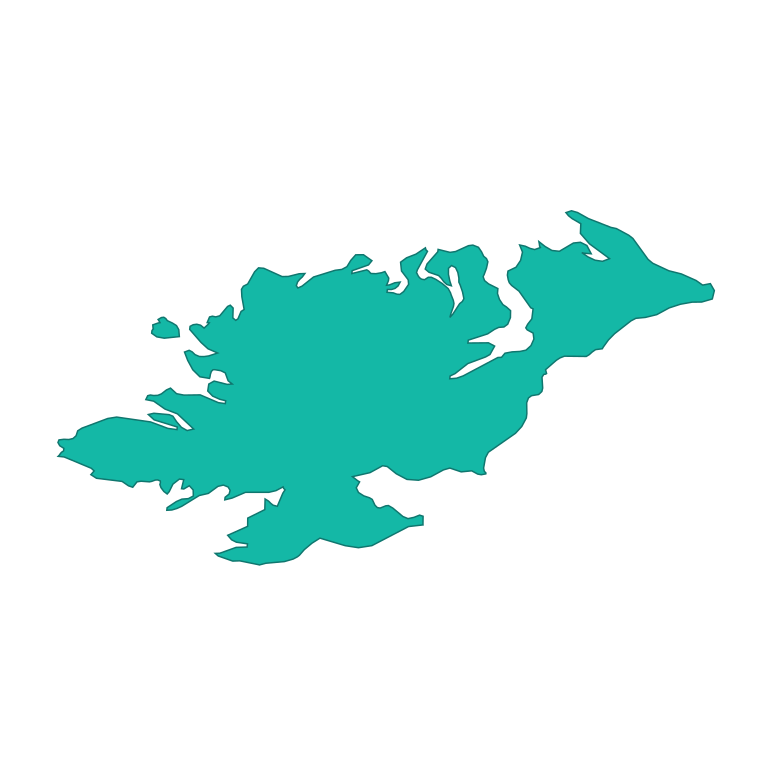 the border of Donegal, rotated 7°
{"feature_id": "IRL-729", "entity_name": "Donegal", "entity_type": "County", "adm_level": 1, "iso_a3": "IRL", "parent_name": "Ireland", "parent_adm1": "", "projection": "equal_earth", "projection_center": [-7.962, 54.925], "detail": "fine", "context": "isolated", "style": "filled", "palette": "teal", "viewbox_px": 768, "rotation_deg": 7, "n_neighbors": 0, "source": "natural_earth", "source_scale": "10m", "svg_char_len": 6070}
<svg xmlns="http://www.w3.org/2000/svg" viewBox="0 0 768 768"><g transform="rotate(7 384 384)"><path d="M596.4,322.4L589.8,324.1L586.8,326.8L584.2,329.8L581.4,332.0L559.7,334.4L555.6,336.6L552.2,339.4L542.6,350.1L544.1,353.8L543.2,354.5L541.4,355.0L540.0,358.0L542.0,368.7L541.6,372.2L539.2,375.1L538.7,375.6L531.9,377.6L529.1,380.2L527.9,385.2L529.4,396.0L529.4,400.4L525.9,409.4L520.5,416.9L495.9,439.0L493.7,444.7L493.1,455.3L494.2,458.4L496.0,459.9L496.0,460.8L491.6,462.2L488.0,462.0L481.6,459.5L471.3,461.8L459.6,459.4L453.5,462.0L441.7,470.4L430.0,475.3L418.4,475.9L407.1,471.6L397.3,465.5L392.6,465.3L380.9,473.7L364.0,479.8L369.6,483.2L371.7,484.1L369.1,490.4L371.9,494.8L377.6,497.5L383.5,498.7L386.4,500.0L389.8,505.4L392.5,507.5L395.3,507.6L400.6,504.7L403.2,504.1L407.9,506.1L418.9,513.2L424.2,514.7L430.0,512.7L435.3,509.8L438.9,510.5L439.8,518.8L439.9,519.1L425.7,522.5L391.7,545.9L378.6,549.6L365.2,549.2L339.2,544.8L332.0,550.7L325.1,558.1L320.9,564.3L319.1,566.1L315.2,568.8L306.8,572.4L288.6,576.3L282.3,578.8L281.9,578.7L281.2,578.6L262.3,577.1L255.4,578.2L240.4,574.9L237.2,572.7L241.6,572.0L257.1,564.2L268.0,562.5L268.0,559.3L256.7,559.0L251.7,557.2L247.3,553.2L266.0,541.9L265.1,533.7L281.0,523.2L280.0,512.6L283.7,514.3L286.1,516.2L288.7,517.8L293.0,518.4L296.9,504.7L298.7,501.1L297.7,500.2L297.3,500.1L297.1,499.8L296.4,498.4L289.8,503.0L283.0,505.5L259.7,508.4L247.2,515.7L240.1,518.4L240.1,515.8L243.7,512.1L244.2,508.3L241.8,505.2L236.9,503.9L231.7,505.8L223.0,514.0L214.2,517.2L198.2,530.0L193.6,532.8L188.8,534.9L183.8,535.8L183.8,533.2L192.2,526.0L197.4,522.9L203.8,521.6L208.4,518.4L207.5,512.4L203.2,508.7L198.1,512.6L195.8,512.6L196.9,503.3L192.5,503.3L186.7,509.1L183.9,517.1L182.2,519.6L178.6,517.5L175.3,514.1L173.8,511.1L174.1,509.2L173.8,507.5L171.1,506.8L168.8,507.2L165.2,509.0L163.1,509.7L154.8,510.1L150.8,511.2L147.2,517.1L142.8,516.2L135.9,512.6L110.1,512.6L104.1,509.7L106.9,505.6L103.7,503.3L75.4,495.4L69.4,495.5L70.6,493.9L71.3,492.4L72.3,491.0L74.1,489.5L74.1,486.9L69.7,484.8L67.5,481.8L68.2,479.1L73.0,477.9L78.0,477.5L82.0,476.0L84.7,472.9L85.7,467.8L89.6,464.6L114.0,451.9L122.7,449.4L156.9,450.1L174.9,454.4L184.1,454.5L184.1,451.9L160.2,447.6L153.8,443.0L159.1,441.1L174.5,440.6L178.4,441.7L182.7,446.7L188.2,451.7L194.3,454.2L200.6,451.9L182.6,438.8L169.7,435.6L157.5,429.1L149.5,428.5L150.9,424.4L153.4,423.4L156.8,423.5L160.9,422.8L164.3,420.9L168.8,416.4L172.6,414.1L179.3,418.9L186.8,419.4L202.9,417.2L221.9,422.7L228.9,422.8L228.9,419.9L222.9,419.2L215.4,416.9L209.9,412.4L210.1,405.4L215.0,401.8L228.4,403.5L233.4,402.5L228.9,399.8L225.1,392.3L220.5,390.7L214.3,390.4L212.5,390.7L211.1,392.6L210.5,395.6L210.4,398.4L210.1,399.7L200.4,399.3L192.5,393.2L186.3,384.5L182.1,376.6L186.5,374.3L189.7,375.5L192.9,377.9L197.4,379.2L202.1,378.7L206.6,377.5L215.1,373.5L205.0,370.5L197.4,365.1L184.5,353.5L184.5,350.4L187.4,348.4L190.9,347.5L194.8,348.0L198.6,350.4L202.2,346.2L203.1,344.6L201.0,344.6L202.7,338.7L205.4,337.6L208.8,337.9L212.7,336.3L219.3,326.1L221.8,324.5L225.0,327.0L225.9,336.8L229.1,338.9L231.1,337.1L233.3,329.4L236.1,327.1L232.3,314.8L231.0,307.4L232.5,304.1L236.5,301.4L241.9,288.4L245.3,284.0L250.6,283.8L269.8,289.8L276.0,288.9L286.4,284.9L292.0,284.0L289.9,287.7L287.6,290.4L285.8,293.2L285.0,297.1L286.8,299.2L290.8,296.8L301.0,286.4L321.6,277.1L328.2,275.4L332.9,272.1L336.0,265.3L340.2,259.2L347.9,258.2L357.0,263.1L354.1,267.7L338.6,275.4L338.6,278.3L353.0,272.8L355.1,273.8L357.4,275.9L362.5,275.5L367.9,273.9L371.2,272.3L375.8,278.3L375.8,280.9L374.5,285.7L377.3,285.0L382.4,282.2L387.6,280.9L386.0,285.0L383.3,287.8L379.9,289.3L375.8,289.8L375.8,292.6L382.1,292.4L385.9,293.3L388.9,293.1L392.3,289.8L396.3,282.1L395.3,277.6L387.6,269.7L385.6,261.1L391.0,256.0L399.9,251.2L408.5,243.8L409.4,246.0L409.7,246.0L411.0,247.0L403.2,266.6L402.7,269.7L403.4,270.4L404.5,272.2L406.2,274.1L408.5,275.4L411.6,275.5L414.9,272.7L418.0,272.3L422.6,273.8L429.6,277.2L436.1,281.5L438.9,285.4L439.6,287.0L442.6,292.5L443.6,295.5L443.5,298.5L441.8,306.1L441.3,309.9L443.9,306.1L449.3,295.0L451.7,292.6L452.9,289.6L450.7,283.0L447.5,276.4L445.9,273.8L445.4,269.7L443.7,264.3L440.8,259.7L436.6,258.2L433.9,261.3L434.6,267.3L436.8,273.8L438.9,278.3L434.2,277.6L430.9,275.2L428.1,272.2L425.0,269.7L415.0,267.6L410.9,264.9L412.1,259.6L421.3,246.2L421.3,243.8L433.5,245.3L438.9,243.8L451.0,236.4L455.3,235.3L461.1,236.8L464.7,240.9L467.4,245.1L470.4,247.0L472.2,250.0L471.6,256.6L470.1,263.0L469.3,265.4L471.2,269.1L475.6,271.9L485.4,275.4L485.6,280.4L488.3,286.0L492.3,290.7L496.1,292.6L500.7,295.8L501.4,302.7L499.5,309.6L496.1,312.8L491.0,313.8L487.0,316.3L480.8,321.6L462.3,330.2L462.3,333.1L482.7,330.4L489.2,332.9L485.6,341.8L481.5,344.8L464.7,353.5L453.3,365.0L448.6,368.0L448.6,370.8L455.4,369.4L461.6,366.3L493.8,343.8L497.4,343.2L500.3,338.7L507.2,336.5L515.0,335.1L520.8,333.1L525.2,328.0L527.3,321.1L525.8,315.3L519.5,312.8L517.9,311.0L519.3,307.2L522.8,301.3L522.8,291.2L520.4,290.5L506.7,275.4L498.6,270.6L496.0,268.2L494.6,265.4L493.2,260.9L493.3,256.8L500.8,252.0L504.5,244.7L505.4,236.2L501.7,229.5L507.4,230.0L512.4,231.6L517.2,232.2L522.6,229.5L521.6,228.1L521.4,227.2L521.1,226.0L520.4,223.8L527.2,227.9L534.4,231.0L541.9,230.9L554.8,221.0L561.7,219.4L568.5,221.8L573.8,229.5L566.6,229.8L564.3,229.5L570.8,232.9L578.3,235.4L585.9,235.6L592.6,232.1L570.8,219.8L560.6,210.6L559.8,200.9L550.7,197.0L546.6,194.5L543.7,191.7L549.0,189.2L555.2,190.2L566.7,194.9L590.1,200.9L595.7,201.4L608.8,206.5L613.3,209.2L630.9,228.1L636.0,231.4L652.9,236.9L665.7,238.5L681.1,243.2L688.2,247.0L695.7,244.6L700.5,251.0L699.5,259.6L689.4,263.9L679.9,265.2L668.5,268.7L657.8,273.7L646.3,281.9L635.2,286.1L626.0,288.1L621.5,291.2L606.7,306.0L601.4,312.9L597.1,320.7L596.4,322.4ZM161.2,347.5L166.6,349.3L170.9,351.3L173.7,355.1L175.1,361.9L160.3,365.3L152.8,364.9L147.2,361.9L147.2,359.3L148.1,357.5L148.3,357.4L148.0,356.8L147.3,353.5L152.3,351.0L154.2,350.4L153.5,349.4L152.5,348.2L151.9,347.5L154.9,345.2L157.3,344.6L159.4,345.6L161.2,347.5Z" fill="#14b8a6" stroke="#0f766e" stroke-width="1.5"/></g></svg>